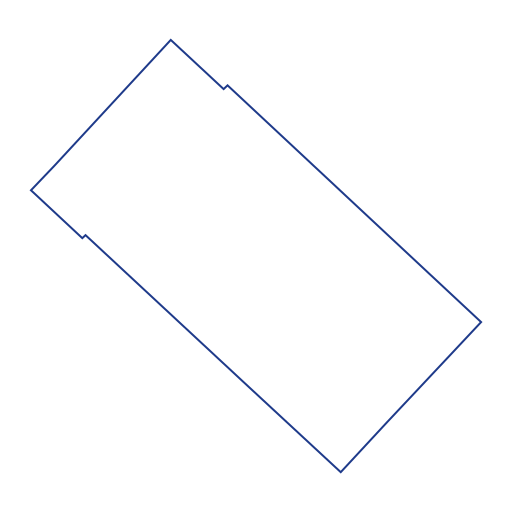 the district of Perry, Mississippi, United States of America, rotated 133°
{"feature_id": "52423323B55832283983627", "entity_name": "Perry", "entity_type": "district", "adm_level": 2, "iso_a3": "USA", "parent_name": "United States of America", "parent_adm1": "Mississippi", "projection": "robinson", "projection_center": [-88.978, 31.172], "detail": "fine", "context": "isolated", "style": "outline", "palette": "blue", "viewbox_px": 512, "rotation_deg": 133, "n_neighbors": 0, "source": "geoboundaries", "source_scale": "gbopen_adm2", "svg_char_len": 329}
<svg xmlns="http://www.w3.org/2000/svg" viewBox="0 0 512 512"><g transform="rotate(133 256 256)"><path d="M287.6,46.8L240.4,46.6L150.8,46.3L150.8,117.6L150.6,393.2L156.0,393.5L156.1,465.7L327.2,465.0L361.4,465.4L361.4,395.2L357.0,394.9L356.7,179.3L356.3,46.6L287.6,46.8Z" fill="none" stroke="#1e3a8a" stroke-width="2"/></g></svg>